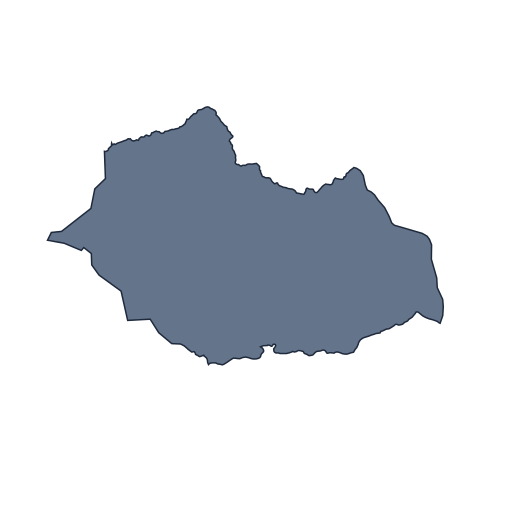 Sisian, Syunik, Armenia, rotated 131°
{"feature_id": "60910142B33195245753630", "entity_name": "Sisian", "entity_type": "district", "adm_level": 2, "iso_a3": "ARM", "parent_name": "Armenia", "parent_adm1": "Syunik", "projection": "natural_earth1", "projection_center": [45.922, 39.579], "detail": "fine", "context": "isolated", "style": "filled", "palette": "slate", "viewbox_px": 512, "rotation_deg": 131, "n_neighbors": 0, "source": "geoboundaries", "source_scale": "gbopen_adm2", "svg_char_len": 6148}
<svg xmlns="http://www.w3.org/2000/svg" viewBox="0 0 512 512"><g transform="rotate(131 256 256)"><path d="M380.9,423.7L372.2,409.1L366.4,391.5L362.6,391.5L362.2,381.9L370.5,374.1L373.4,361.9L371.0,334.8L388.8,310.6L373.1,294.4L377.7,279.1L377.4,262.1L372.0,255.3L371.7,254.4L371.4,253.3L371.2,252.1L370.9,251.4L370.9,250.4L370.9,248.0L371.0,246.2L370.9,244.7L370.8,243.1L370.7,242.1L370.6,241.4L369.1,240.3L368.7,239.7L369.3,237.9L369.9,237.1L369.8,236.3L369.3,235.0L369.2,233.6L368.9,232.5L368.2,232.0L365.9,230.8L365.2,230.4L365.6,229.6L365.4,228.7L365.5,226.3L366.0,225.1L366.7,224.1L367.9,222.9L368.6,221.7L369.1,220.6L368.5,220.6L366.9,220.2L366.1,219.6L365.0,218.5L363.9,217.2L363.2,216.4L362.5,213.9L361.5,212.4L360.7,211.0L360.3,210.1L359.0,209.3L355.5,208.2L349.0,206.5L347.8,205.9L346.9,204.8L345.9,203.2L344.2,200.9L343.3,200.4L341.6,199.6L339.2,197.7L338.4,196.3L337.4,194.5L337.0,193.3L336.2,191.6L335.1,190.0L333.6,188.4L331.8,187.1L330.3,186.5L329.2,186.5L328.0,187.0L327.2,187.5L325.7,187.7L324.6,187.5L324.1,187.6L323.4,187.5L322.5,188.0L321.9,188.9L321.5,189.8L321.3,191.0L321.6,193.0L319.8,192.1L319.1,191.8L318.5,191.2L317.7,190.3L316.1,188.7L315.4,188.6L314.9,188.0L314.4,187.0L314.1,185.2L313.6,184.8L312.8,184.8L312.0,185.0L311.3,185.0L310.6,184.3L310.1,183.3L310.8,182.3L312.6,181.8L314.4,181.8L315.4,180.8L316.2,179.8L316.4,178.9L316.3,178.0L316.0,177.2L315.6,176.7L314.8,176.0L314.3,175.1L313.9,174.0L313.0,172.9L309.5,168.9L308.5,168.3L307.4,167.4L305.9,166.6L304.9,166.0L303.9,165.7L303.4,164.2L302.8,163.7L301.6,162.8L300.2,162.4L299.3,161.8L298.1,159.9L297.7,158.9L297.1,157.7L297.3,157.1L297.4,156.6L297.8,155.9L297.8,155.5L297.5,154.8L297.2,154.2L297.1,153.3L296.7,152.9L296.7,151.8L296.4,150.5L295.6,149.9L295.0,149.3L293.7,148.4L292.9,148.1L290.6,148.1L288.8,147.8L287.8,147.3L285.8,145.4L284.8,144.7L283.8,144.3L282.9,143.6L282.3,142.5L282.1,141.2L282.4,140.2L282.8,139.1L282.6,138.4L281.6,137.6L280.3,136.6L278.0,133.3L277.0,133.1L275.8,132.4L275.2,131.8L274.4,130.5L273.7,128.8L273.1,126.8L271.4,124.1L270.2,122.9L268.7,121.9L266.7,120.8L264.7,119.3L263.9,119.4L261.6,119.9L259.1,119.9L257.6,120.3L255.5,121.0L253.9,121.8L251.0,122.2L249.3,121.9L247.1,121.2L242.1,118.1L240.0,117.1L238.0,115.8L235.8,114.6L234.8,113.7L232.7,111.9L230.8,112.3L230.0,111.6L227.9,110.6L225.9,109.8L223.5,107.8L221.0,107.0L218.3,106.2L216.8,106.0L216.0,105.8L215.2,104.9L214.9,103.8L214.4,102.9L213.5,102.1L212.1,101.1L211.1,100.6L208.3,100.3L207.1,99.6L205.7,99.0L203.5,99.1L200.9,98.3L199.5,98.0L197.1,98.1L195.0,98.1L193.2,98.4L192.4,97.6L191.9,96.5L191.9,95.1L191.8,90.9L191.1,87.7L189.8,84.0L188.3,81.1L187.0,77.9L186.4,76.1L186.3,74.0L186.0,72.9L178.4,76.0L171.4,81.4L166.3,86.6L161.0,98.4L154.0,105.2L143.4,121.5L132.4,130.8L129.7,135.9L128.8,139.9L129.9,145.5L142.0,171.7L142.0,175.3L138.9,181.2L135.1,190.7L133.7,200.6L132.1,206.7L132.1,211.1L133.2,215.3L130.7,220.1L124.8,227.9L123.2,233.3L123.8,237.6L125.0,240.2L125.9,240.3L130.0,241.2L132.3,241.1L133.2,241.3L134.2,241.8L135.0,241.6L136.6,240.7L137.7,240.5L138.3,241.3L139.1,241.3L139.9,240.7L140.8,240.6L142.3,242.0L143.0,243.0L143.7,244.3L144.8,246.1L145.1,247.3L145.7,247.3L146.6,247.2L148.0,247.1L149.7,246.3L151.0,245.9L152.0,245.8L153.4,246.5L154.1,247.7L155.1,249.1L156.0,250.6L158.6,251.4L160.7,251.6L162.2,251.5L164.1,251.6L166.4,251.5L168.0,251.7L168.9,252.3L169.2,253.4L169.0,254.7L168.6,255.7L168.2,256.3L168.4,257.1L170.4,259.5L170.8,260.5L171.0,261.6L171.3,261.9L171.9,262.2L172.8,262.0L173.6,261.6L174.2,261.1L175.4,260.8L176.6,260.7L177.1,260.3L178.1,260.4L178.9,261.8L179.5,262.6L180.2,264.0L181.1,265.6L181.9,266.8L181.6,267.3L181.4,268.5L181.1,269.5L181.3,271.0L181.6,272.3L184.1,276.2L184.6,278.0L186.3,280.7L186.7,282.2L187.5,284.4L187.6,285.4L187.5,286.4L186.8,287.5L187.1,288.2L187.7,288.6L188.4,288.7L189.3,289.4L189.3,290.7L189.4,291.7L189.1,293.3L188.5,294.9L188.1,296.4L188.4,297.1L188.9,298.1L190.0,299.2L190.8,300.4L191.1,302.1L191.6,303.0L191.6,303.9L191.2,304.6L190.7,305.4L190.3,306.5L189.6,307.7L188.6,308.6L188.6,309.8L188.1,310.5L187.2,311.0L186.1,312.1L185.8,315.4L185.9,316.5L188.8,318.9L189.6,319.6L190.2,320.5L191.1,321.6L192.5,322.8L194.0,323.2L194.6,323.5L195.4,324.6L196.0,325.3L196.8,325.8L197.7,326.0L198.2,326.7L198.4,328.1L198.4,329.2L199.1,329.9L199.6,331.0L199.5,332.3L199.3,332.9L198.5,333.3L197.2,333.9L196.3,334.7L195.1,336.2L193.9,336.9L193.3,337.6L192.7,339.0L191.8,340.5L191.2,341.7L191.0,343.3L190.4,344.4L188.9,345.6L188.0,346.4L187.7,347.5L187.8,348.7L186.9,349.7L186.8,351.5L185.8,352.0L184.5,352.2L183.1,351.8L182.1,351.7L181.2,351.7L180.6,352.4L180.7,353.3L180.5,354.5L180.2,355.6L179.6,356.9L179.9,358.3L179.7,359.6L179.2,360.5L178.4,361.9L177.6,362.7L177.7,364.0L178.0,365.6L177.5,368.7L177.4,370.9L177.0,371.8L176.2,373.7L175.9,375.5L175.7,377.6L175.7,378.8L174.1,379.9L173.5,381.0L173.1,382.7L173.5,383.9L173.7,385.3L174.4,387.0L174.5,389.0L175.1,390.2L176.1,391.1L177.2,391.8L181.0,393.1L183.5,395.2L184.4,395.4L187.1,394.7L188.2,395.0L189.0,395.8L189.6,396.3L190.6,396.4L191.6,396.4L193.4,396.7L196.1,396.5L197.0,396.7L197.7,397.3L198.1,397.9L198.7,397.7L199.6,397.2L201.4,396.8L202.6,396.2L203.5,396.5L204.7,396.6L206.2,396.9L207.6,397.4L208.4,398.2L209.2,398.1L210.3,398.2L211.2,398.8L212.5,399.9L214.8,401.3L215.3,402.2L216.1,402.8L217.7,403.7L219.0,404.2L220.5,405.3L221.6,406.4L223.9,406.5L225.2,407.5L225.8,408.9L225.7,410.6L227.0,412.3L227.2,413.3L229.1,414.3L230.3,414.5L230.8,415.1L231.5,415.5L234.0,414.7L235.3,415.2L236.0,416.1L236.2,417.1L236.7,418.1L237.3,418.4L238.7,418.6L239.6,418.6L240.4,419.2L240.9,420.2L241.4,420.8L242.9,421.0L243.6,421.2L244.5,421.1L245.1,420.7L245.9,420.7L246.3,421.4L246.5,422.2L248.9,423.3L250.1,424.8L250.3,426.1L250.0,427.8L250.9,428.3L250.9,428.9L251.8,429.6L252.6,429.7L253.6,429.9L255.6,431.2L257.9,432.3L261.2,434.3L262.5,434.9L263.4,435.1L264.2,435.4L264.5,436.7L265.2,436.8L266.0,437.1L266.1,437.8L265.5,439.0L266.2,438.6L267.3,437.5L268.1,437.4L271.7,437.8L272.7,437.1L273.7,437.1L275.0,437.6L275.8,438.0L276.4,439.1L296.4,420.4L311.1,421.7L328.4,411.8L365.0,418.9L372.5,425.9L380.9,423.7Z" fill="#64748b" stroke="#1e293b" stroke-width="1.5"/></g></svg>